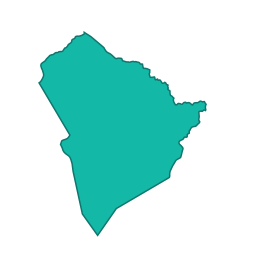 the district of San Isidro, Intibucá, Honduras, rotated 351°
{"feature_id": "27666195B3515972016416", "entity_name": "San Isidro", "entity_type": "district", "adm_level": 2, "iso_a3": "HND", "parent_name": "Honduras", "parent_adm1": "Intibucá", "projection": "mercator", "projection_center": [-88.099, 14.565], "detail": "fine", "context": "isolated", "style": "filled", "palette": "teal", "viewbox_px": 256, "rotation_deg": 351, "n_neighbors": 0, "source": "geoboundaries", "source_scale": "gbopen_adm2", "svg_char_len": 5658}
<svg xmlns="http://www.w3.org/2000/svg" viewBox="0 0 256 256"><g transform="rotate(351 128 128)"><path d="M103.9,205.7L161.1,183.3L161.5,182.5L161.8,181.4L161.9,180.2L162.1,179.4L162.8,177.4L166.0,172.6L166.9,171.5L168.7,169.4L169.8,168.0L170.4,167.4L170.9,167.1L171.5,166.8L173.6,166.1L175.1,165.5L175.3,165.3L175.5,165.1L176.0,164.1L177.9,159.6L178.8,157.7L179.0,157.2L179.1,156.8L179.0,156.4L179.0,156.0L178.6,155.3L177.7,153.8L176.6,152.4L176.3,152.0L176.1,151.6L176.0,151.1L176.0,150.6L176.1,150.1L176.3,149.6L176.6,149.3L176.9,149.0L177.5,148.7L178.9,148.2L179.4,148.1L180.1,147.9L180.4,147.8L181.3,147.0L181.9,146.2L182.2,146.0L182.5,145.9L183.0,145.9L183.7,146.1L184.2,146.2L184.6,146.2L184.8,146.0L185.1,145.8L185.2,145.4L185.3,145.1L185.4,144.2L185.5,143.9L185.7,143.5L185.8,143.4L186.1,143.3L186.6,143.1L187.3,142.9L187.6,142.8L187.7,142.6L187.8,142.2L187.8,141.5L187.8,141.3L188.0,140.8L188.1,140.4L188.4,140.1L188.8,139.9L189.0,139.7L189.8,138.5L190.2,138.0L190.8,137.5L191.1,137.3L191.3,137.2L192.0,137.0L193.4,136.9L194.7,136.9L195.0,136.9L195.4,136.7L195.8,136.5L196.1,136.3L197.6,135.1L198.9,134.3L199.4,133.8L199.6,133.6L199.7,133.3L199.8,133.1L199.8,132.9L199.7,132.5L199.3,131.9L199.2,131.4L199.1,131.0L200.1,128.0L200.4,123.6L200.4,123.4L200.6,123.2L201.1,122.9L201.5,122.8L202.0,122.7L202.4,122.7L202.7,122.7L203.3,123.0L203.6,123.1L203.9,123.1L204.2,123.1L204.4,123.0L204.7,122.7L205.0,122.5L205.5,122.2L205.9,122.1L206.1,122.2L206.4,122.3L206.8,122.5L207.1,122.9L207.3,122.8L207.6,122.4L207.7,121.9L207.7,121.4L207.6,120.7L207.6,120.3L207.7,119.6L207.9,118.7L208.1,117.9L208.4,117.6L208.7,117.2L208.8,117.0L208.8,116.8L208.7,116.5L208.3,115.9L208.0,115.2L207.6,113.9L207.1,113.8L206.6,113.8L206.2,113.8L205.8,113.9L205.7,113.9L204.2,112.9L203.7,112.8L203.4,112.8L203.1,112.9L202.4,113.2L201.6,113.7L201.1,113.8L200.8,113.9L200.3,113.8L198.3,113.6L197.8,113.6L197.3,113.7L197.0,113.8L196.6,114.1L196.1,114.6L195.6,115.2L195.5,115.3L195.2,115.3L194.9,115.2L194.5,114.7L193.6,113.7L193.2,113.2L192.6,112.7L192.2,112.5L191.6,112.4L190.5,112.4L189.7,112.5L189.4,112.4L189.3,112.1L189.1,111.7L188.9,111.6L188.4,111.5L187.9,111.6L187.4,111.6L187.1,111.7L186.7,111.9L186.2,112.4L185.7,112.7L185.4,112.9L185.0,113.0L184.7,113.0L184.4,112.9L184.1,112.7L183.7,112.4L183.5,112.2L182.5,111.9L181.6,111.6L181.4,111.7L181.2,111.7L179.9,112.6L179.2,112.7L178.8,112.6L178.6,112.5L178.4,112.2L177.9,111.2L177.4,109.8L177.2,108.7L177.2,108.4L177.2,107.9L177.2,107.4L177.3,106.9L177.4,106.6L177.7,106.3L178.0,105.7L177.3,104.9L176.5,103.6L176.1,103.2L175.5,102.8L175.1,102.4L174.9,100.4L174.9,99.8L175.1,99.3L175.1,99.0L175.2,98.2L175.2,97.8L175.1,97.6L174.9,97.5L174.3,97.1L173.9,96.7L173.7,96.4L173.4,95.9L173.4,95.6L173.5,95.5L173.5,95.4L173.8,95.2L174.0,94.9L174.0,94.6L173.8,94.1L173.7,93.4L173.8,93.0L174.0,92.7L174.1,92.4L174.2,92.0L174.1,91.7L173.9,91.5L173.6,91.6L173.2,91.4L173.0,91.2L172.8,90.8L172.4,89.6L172.0,89.1L171.6,88.8L171.5,88.7L171.4,88.8L170.9,89.0L169.9,89.3L169.6,89.3L169.3,89.3L169.1,89.2L168.9,89.1L168.7,88.8L168.5,88.5L168.3,87.9L168.0,87.2L167.1,85.6L166.8,85.5L166.7,85.5L166.1,85.6L165.6,85.7L165.3,85.6L165.1,85.4L165.0,85.2L165.0,84.7L164.9,84.5L164.8,84.3L163.1,84.7L162.8,84.7L162.6,84.6L162.5,84.4L162.4,84.1L162.3,83.4L162.3,82.2L162.2,81.8L162.0,81.7L160.1,81.7L159.0,81.6L158.2,81.5L158.0,81.3L157.7,81.1L157.6,80.9L157.6,80.7L157.7,80.0L157.5,79.3L157.4,78.4L157.4,77.9L157.6,77.4L158.0,77.0L158.1,76.7L158.2,76.2L158.4,74.9L158.6,74.3L158.6,74.0L156.2,72.5L155.4,72.2L154.8,71.9L154.3,71.8L153.1,71.6L152.8,71.5L152.6,71.4L152.5,71.1L152.3,69.5L152.3,68.3L152.3,67.6L152.3,67.2L152.1,67.1L151.9,67.0L151.7,66.9L151.3,67.0L151.0,67.0L150.6,66.9L150.3,66.7L150.1,66.5L149.9,66.3L149.8,65.8L149.7,65.6L149.3,65.1L148.8,64.8L148.4,64.6L147.6,64.4L146.7,63.9L146.1,63.7L145.9,63.6L145.4,63.7L144.8,63.6L144.3,63.4L143.7,63.1L143.2,63.0L142.7,63.0L142.2,63.0L140.4,63.2L139.6,63.3L139.2,63.2L138.9,62.9L138.7,62.8L137.1,62.6L135.6,61.9L133.3,60.8L133.1,60.6L133.0,60.2L132.7,58.6L132.5,58.4L132.3,58.2L131.7,58.0L130.3,57.7L129.3,57.5L129.1,57.5L127.8,57.6L127.4,57.6L126.9,57.5L126.5,57.3L125.7,56.4L123.6,53.7L122.8,52.8L121.8,51.8L119.7,50.3L119.2,49.8L118.7,49.3L118.3,48.6L117.8,47.6L117.2,46.2L116.8,44.9L116.5,44.5L105.6,31.9L99.7,26.7L99.6,27.6L99.4,28.2L99.2,28.4L98.8,28.6L97.9,28.9L96.6,29.3L95.2,29.6L93.6,29.6L91.9,29.3L91.5,29.4L91.0,29.4L90.6,29.6L90.3,29.8L90.1,30.0L90.0,30.4L89.9,30.6L89.6,30.8L89.3,31.1L88.4,31.5L88.0,31.6L87.4,31.7L86.9,31.9L86.6,32.1L86.3,32.5L86.2,32.8L86.1,33.3L85.9,33.7L85.6,34.3L85.2,34.7L84.6,35.1L83.4,35.6L82.2,36.2L81.9,36.5L81.4,37.2L80.8,37.9L80.2,38.4L79.5,38.9L79.0,39.1L78.8,39.1L78.3,39.1L77.9,39.3L75.9,41.5L75.6,41.8L75.4,41.9L75.0,42.0L74.5,42.1L72.9,41.9L71.8,41.9L71.3,42.0L70.7,42.4L70.3,42.5L70.0,42.5L69.3,42.3L68.3,42.3L68.0,42.4L67.4,42.7L66.4,43.3L65.5,43.7L65.1,43.8L64.4,43.7L63.8,43.8L63.0,43.9L62.3,44.1L62.1,44.2L61.7,44.4L61.2,45.0L60.7,45.3L59.3,46.3L58.5,46.9L57.9,47.4L57.2,48.2L56.4,48.9L55.6,49.3L53.9,50.1L53.0,50.6L52.7,50.8L52.5,51.0L52.2,51.3L51.9,52.0L51.7,52.7L51.7,53.4L51.8,54.3L51.9,55.1L52.0,55.6L52.4,56.9L52.6,57.6L52.8,59.4L53.0,60.6L53.0,61.7L53.0,62.3L52.9,62.9L52.5,63.8L51.9,64.8L51.1,66.0L50.2,67.1L49.5,68.0L48.7,68.6L48.2,69.0L47.2,69.5L69.5,125.9L68.7,126.9L67.7,127.9L67.0,128.5L66.3,128.9L65.7,129.1L64.9,129.3L64.0,129.5L62.0,129.8L61.1,130.1L60.8,130.2L60.6,130.4L60.2,131.0L59.9,131.6L59.3,132.8L59.1,133.2L58.8,133.6L59.9,137.4L60.3,140.0L61.1,141.9L62.3,143.5L65.1,146.3L66.1,147.9L66.7,150.5L67.2,154.3L67.0,162.3L69.5,205.8L81.2,229.3L103.9,205.7Z" fill="#14b8a6" stroke="#0f766e" stroke-width="1.5"/></g></svg>